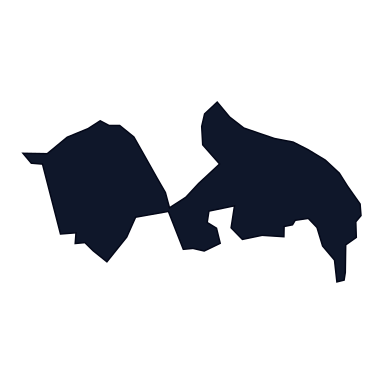 outline of Yazyavan, Ferghana, Uzbekistan
{"feature_id": "79887680B59640879655565", "entity_name": "Yazyavan", "entity_type": "district", "adm_level": 2, "iso_a3": "UZB", "parent_name": "Uzbekistan", "parent_adm1": "Ferghana", "projection": "orthographic", "projection_center": [71.634, 40.657], "detail": "fine", "context": "isolated", "style": "filled", "palette": "ink", "viewbox_px": 384, "rotation_deg": 0, "n_neighbors": 0, "source": "geoboundaries", "source_scale": "gbopen_adm2", "svg_char_len": 937}
<svg xmlns="http://www.w3.org/2000/svg" viewBox="0 0 384 384"><path d="M106.9,261.8L126.7,237.1L135.6,217.2L168.4,211.4L183.3,249.3L193.0,248.4L204.2,251.0L220.2,243.3L216.5,228.2L207.2,222.5L208.9,211.1L234.5,205.8L231.1,227.8L242.4,239.4L262.1,235.3L283.9,236.7L284.1,226.5L292.5,224.8L295.2,220.3L308.3,218.4L317.0,227.5L322.6,246.0L334.5,260.1L336.9,281.9L344.1,280.1L345.3,272.4L345.7,244.9L356.3,237.4L355.8,221.8L361.0,215.6L360.1,204.0L347.5,186.1L339.3,173.1L325.3,160.1L308.1,149.7L293.2,142.1L274.5,138.5L258.9,133.2L243.8,128.0L229.6,117.0L217.2,102.1L204.6,113.9L201.7,126.4L202.7,144.8L219.6,164.0L212.3,170.8L198.7,183.4L185.9,197.2L169.5,207.8L165.4,192.5L157.3,178.5L144.5,155.7L133.9,137.0L119.7,125.5L109.1,125.5L100.2,120.8L88.1,128.6L67.2,137.2L47.2,153.7L23.0,153.3L31.3,163.2L42.5,164.1L60.5,234.0L76.0,232.8L75.2,243.5L84.9,242.6L93.2,250.8L106.9,261.8Z" fill="#0f172a" stroke="#020617" stroke-width="1.5"/></svg>